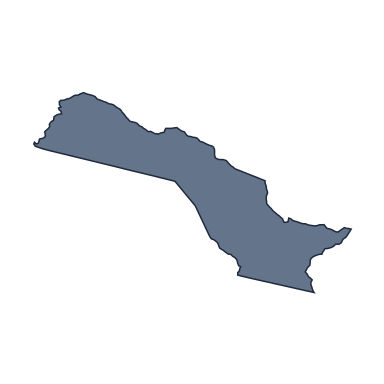 Caiuá, São Paulo, Brazil, rotated 275°
{"feature_id": "56859067B65621554101877", "entity_name": "Caiuá", "entity_type": "district", "adm_level": 2, "iso_a3": "BRA", "parent_name": "Brazil", "parent_adm1": "São Paulo", "projection": "albers", "projection_center": [-51.979, -21.795], "detail": "fine", "context": "isolated", "style": "filled", "palette": "slate", "viewbox_px": 384, "rotation_deg": 275, "n_neighbors": 0, "source": "geoboundaries", "source_scale": "gbopen_adm2", "svg_char_len": 2966}
<svg xmlns="http://www.w3.org/2000/svg" viewBox="0 0 384 384"><g transform="rotate(275 192 192)"><path d="M271.8,53.1L270.2,51.9L267.2,52.4L265.2,54.1L264.0,51.7L262.3,52.5L261.0,54.5L258.5,55.2L257.8,52.3L256.8,50.3L255.0,48.0L251.2,47.8L249.9,45.6L247.0,44.0L244.9,44.5L242.9,43.5L241.1,41.7L239.2,40.1L234.6,41.1L232.8,39.4L231.5,35.5L228.9,35.0L227.0,34.5L226.4,32.6L227.9,30.8L226.1,30.2L223.9,31.9L222.0,39.6L220.7,47.2L210.7,112.9L209.5,120.4L208.3,127.9L207.2,135.4L206.7,138.8L202.9,163.4L201.2,174.1L187.5,187.6L178.6,196.4L149.3,213.5L147.1,215.2L146.4,217.8L145.3,219.7L143.7,221.8L141.9,222.9L140.1,223.6L138.5,224.5L137.5,226.3L136.7,228.1L135.4,230.0L134.3,231.8L133.3,233.5L133.2,236.1L131.6,238.0L130.1,240.9L128.0,242.8L126.3,243.3L124.5,243.9L122.5,245.1L121.8,247.0L120.0,246.3L117.7,246.1L115.7,244.6L113.2,244.8L112.7,247.7L111.1,258.6L109.9,267.4L102.5,322.4L103.9,321.3L105.9,320.3L107.9,319.6L110.2,318.5L112.3,318.3L114.9,319.4L116.5,317.5L118.0,315.2L120.3,313.9L122.3,311.7L124.2,312.7L126.3,313.4L127.8,314.5L129.2,315.8L131.7,315.9L134.3,315.7L136.4,316.6L138.3,318.6L139.9,321.5L141.0,324.3L141.4,326.9L143.2,327.3L145.1,328.4L147.1,329.3L147.5,331.9L148.7,335.2L150.2,337.7L152.5,339.6L152.8,343.0L154.6,345.2L156.4,345.9L158.1,346.5L159.5,348.3L161.0,349.7L163.8,351.2L166.1,352.4L168.9,353.8L169.3,351.1L169.3,349.1L169.8,346.8L168.4,345.2L167.1,343.5L165.0,341.2L164.8,339.1L165.5,337.1L166.5,335.1L167.2,332.5L167.5,329.8L169.3,327.9L171.0,326.4L170.7,324.3L170.5,322.0L169.5,319.8L168.9,317.5L169.0,315.2L169.1,313.1L169.4,310.5L170.2,308.0L170.1,304.7L170.9,301.5L171.6,298.9L171.9,297.1L172.4,294.8L173.8,293.0L174.5,290.7L172.7,290.4L170.9,290.4L170.1,288.6L169.8,286.4L171.4,285.3L173.2,284.5L174.3,282.9L175.8,281.0L177.1,278.8L178.6,276.8L179.7,275.1L181.2,273.4L182.6,272.2L183.6,270.7L185.1,269.2L186.8,267.5L189.2,267.1L191.4,266.6L194.3,266.4L197.6,267.4L199.5,266.9L201.4,265.9L204.1,265.5L207.3,264.0L209.6,263.8L218.9,232.7L220.2,231.1L221.5,228.6L223.3,226.5L226.3,223.4L227.0,220.2L226.7,216.1L227.5,213.1L228.9,211.9L231.2,211.2L234.0,211.0L236.4,210.7L238.5,209.6L239.6,207.9L240.0,205.4L241.1,202.1L242.6,198.5L243.0,195.8L244.8,193.9L246.0,192.6L246.6,190.5L246.6,188.1L247.1,186.3L247.3,183.1L248.5,181.4L251.2,179.2L252.0,175.9L253.4,173.6L254.8,171.4L254.3,168.6L253.6,165.9L253.4,163.6L253.1,160.4L251.5,159.6L249.2,159.2L248.1,155.7L246.9,153.7L246.9,149.9L248.8,145.5L248.3,143.2L250.3,140.2L251.3,138.0L252.6,136.5L253.2,134.1L255.4,131.6L256.2,129.8L256.5,127.6L256.8,125.5L257.2,123.7L259.2,121.9L260.4,120.3L263.8,117.3L265.5,115.4L267.0,114.3L268.4,112.8L269.2,110.6L270.3,108.8L272.0,106.1L272.5,104.0L272.6,101.6L273.9,98.7L274.4,96.3L275.1,94.1L275.8,91.6L276.4,89.3L278.6,87.2L279.5,84.5L279.9,82.3L280.4,79.1L281.5,75.4L280.8,73.8L279.9,71.9L278.5,70.1L278.4,67.9L277.7,66.1L275.8,63.6L274.6,62.0L273.8,59.3L272.3,56.6L271.8,53.1Z" fill="#64748b" stroke="#1e293b" stroke-width="1.5"/></g></svg>